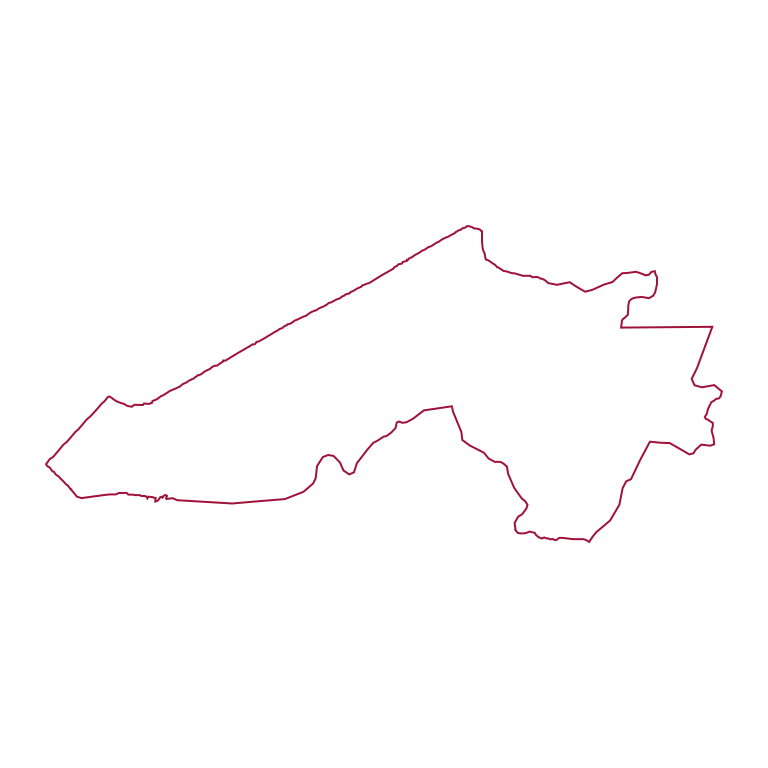 Niafunke, Timbuktu, Mali (Natural Earth projection)
{"feature_id": "8926073B8185774675652", "entity_name": "Niafunke", "entity_type": "district", "adm_level": 2, "iso_a3": "MLI", "parent_name": "Mali", "parent_adm1": "Timbuktu", "projection": "natural_earth1", "projection_center": [-4.268, 15.872], "detail": "fine", "context": "isolated", "style": "outline", "palette": "rose", "viewbox_px": 768, "rotation_deg": 0, "n_neighbors": 0, "source": "geoboundaries", "source_scale": "gbopen_adm2", "svg_char_len": 5584}
<svg xmlns="http://www.w3.org/2000/svg" viewBox="0 0 768 768"><path d="M714.2,385.1L702.0,387.3L694.6,385.3L691.7,378.9L697.0,368.1L712.3,326.8L621.1,327.6L622.0,320.6L622.9,319.0L624.4,318.1L627.9,314.7L628.0,312.1L628.1,310.7L628.3,305.5L629.1,301.5L631.0,299.4L632.9,298.3L635.5,297.6L641.6,296.9L647.9,298.0L649.0,298.2L653.2,295.7L655.2,292.2L657.0,284.2L657.0,280.3L657.1,277.3L655.8,274.8L655.4,274.0L654.8,271.2L651.5,271.9L651.0,272.4L648.9,274.7L645.6,275.4L643.4,274.4L642.8,274.1L640.7,273.4L639.2,272.8L636.0,271.8L627.0,273.0L622.3,273.2L616.5,278.2L612.5,282.0L603.7,284.7L592.2,289.9L585.1,291.7L578.5,287.9L576.3,286.6L569.7,282.2L565.5,283.1L565.4,283.0L560.1,284.2L556.7,284.8L552.4,283.9L548.3,283.1L544.9,280.2L542.4,278.8L541.0,278.8L537.5,277.0L532.2,277.2L530.5,275.8L522.9,275.8L514.8,273.4L512.1,273.2L509.5,272.4L506.6,271.4L505.2,271.2L503.7,271.0L501.3,269.4L498.1,267.3L497.1,267.2L495.5,265.3L495.0,264.8L492.1,263.0L489.9,261.3L487.1,259.8L485.8,259.5L484.4,253.0L482.9,249.7L482.7,248.0L482.4,245.5L482.1,243.1L482.1,241.9L482.0,239.8L482.0,233.2L482.0,231.2L481.1,230.9L480.9,230.7L480.5,230.2L479.8,229.4L477.8,228.9L476.2,228.5L474.2,228.5L472.0,227.1L468.6,226.1L466.9,226.1L465.3,227.6L462.7,228.2L460.3,230.0L458.4,230.4L456.5,231.8L455.8,231.9L454.9,233.0L450.2,235.5L447.7,237.0L446.6,237.2L442.1,239.4L440.6,240.4L438.4,242.0L437.0,242.4L433.7,244.5L432.1,245.6L430.2,246.6L428.4,247.1L425.0,249.5L421.9,250.8L420.1,252.2L416.2,254.4L415.7,254.6L414.0,255.6L413.4,256.1L412.4,257.0L409.3,258.3L408.7,259.0L408.2,259.7L407.1,259.7L407.1,260.7L405.8,261.1L405.1,261.3L404.1,261.6L402.7,262.1L401.9,263.6L398.4,264.3L397.2,265.7L395.0,266.9L394.2,267.3L393.4,268.7L391.6,269.7L390.2,270.5L385.9,272.9L385.1,273.3L381.5,275.4L377.9,277.6L371.6,281.6L370.8,282.1L368.5,283.3L366.7,283.7L365.0,284.5L362.2,285.5L361.4,286.7L357.4,288.4L354.1,290.5L350.7,292.0L349.2,293.5L347.9,293.8L345.6,294.4L344.3,295.6L341.8,296.6L340.2,298.1L336.5,299.5L332.3,301.7L331.7,302.2L328.4,303.1L327.2,304.4L322.9,306.8L320.4,307.7L318.5,308.7L315.6,310.6L314.4,310.7L313.3,311.2L310.9,312.3L308.0,314.2L306.2,315.7L302.8,316.9L298.0,319.3L294.7,320.6L291.5,323.0L289.6,323.9L289.1,324.1L287.7,324.2L286.8,325.1L286.3,325.6L285.1,325.7L283.7,326.8L282.2,328.1L279.6,329.0L277.4,330.6L275.3,331.7L272.9,333.1L270.9,334.4L268.5,335.8L267.9,336.1L265.1,337.9L262.4,339.4L261.7,339.8L258.9,341.4L256.5,341.9L255.7,343.2L254.6,344.3L252.4,344.4L248.9,346.7L246.2,348.2L240.2,351.7L236.1,354.1L231.6,356.8L227.6,359.3L225.3,360.7L223.2,360.5L222.9,361.7L220.2,363.4L219.1,364.1L218.8,364.3L217.5,365.5L215.4,365.7L214.2,365.9L213.4,366.3L212.9,366.6L212.3,366.9L211.7,367.2L210.4,368.7L205.8,370.9L203.3,372.4L202.2,373.5L199.2,375.2L197.8,375.2L197.2,375.9L194.8,377.4L193.9,378.5L192.0,379.1L190.6,380.0L189.9,380.2L188.2,381.1L186.6,382.4L182.2,384.4L180.2,386.3L176.2,388.3L172.6,389.8L169.6,391.1L167.4,392.6L163.3,395.2L160.8,396.3L157.7,398.7L155.3,400.0L152.5,400.9L152.0,402.8L150.9,403.2L148.7,403.9L144.1,403.5L143.0,405.0L134.4,404.8L131.8,406.7L130.3,406.5L127.4,405.9L123.6,403.7L120.9,403.0L116.5,401.3L112.9,398.9L112.0,398.0L109.6,396.6L108.2,396.7L104.2,401.6L101.9,403.4L95.9,410.4L92.2,414.4L90.3,416.4L86.8,419.4L78.4,429.3L75.0,432.3L69.4,439.0L66.8,441.9L63.4,444.7L61.5,447.0L53.0,457.1L49.7,459.1L47.6,462.1L46.3,463.8L46.1,464.2L46.7,465.1L47.2,466.0L48.2,466.6L48.9,466.8L50.6,468.6L51.8,470.5L52.6,471.5L53.9,471.7L54.7,472.9L55.4,474.1L57.4,475.8L58.5,476.2L60.8,479.0L62.1,480.0L64.9,483.0L66.6,484.9L67.7,485.3L68.4,486.3L70.7,489.4L71.0,489.2L72.3,491.0L77.0,496.7L81.5,498.1L85.2,497.6L105.8,494.8L110.5,494.4L115.9,494.4L118.8,493.0L126.6,492.9L128.3,494.6L128.9,494.6L133.1,494.7L133.8,494.8L134.5,495.1L139.8,495.1L141.0,495.9L145.4,496.1L146.5,496.9L147.4,498.3L148.0,496.7L152.7,497.1L154.7,498.1L155.6,498.0L155.6,498.4L155.3,501.5L157.4,500.9L157.8,500.5L158.2,500.1L159.8,498.1L159.9,497.9L160.2,497.2L160.6,497.1L161.3,496.8L162.5,497.7L163.1,496.9L163.2,496.2L164.4,495.3L166.4,495.2L167.0,496.0L166.1,497.9L166.4,499.0L172.6,498.2L177.2,500.2L232.3,503.5L241.2,502.7L242.8,502.6L255.0,501.5L284.8,499.1L303.5,491.8L310.1,486.1L313.1,483.5L315.7,478.1L316.4,472.2L317.0,466.2L319.9,461.6L322.8,457.1L328.1,455.0L333.5,455.9L339.9,462.4L343.5,470.5L349.3,474.4L353.9,472.4L356.9,463.2L367.7,449.2L373.3,442.8L377.7,440.6L383.5,436.7L386.2,436.1L388.5,434.6L391.0,432.8L395.5,428.1L396.2,425.1L396.7,422.6L399.0,421.5L402.3,422.8L406.3,422.3L413.1,418.7L423.7,410.5L423.8,410.4L451.8,406.3L453.1,411.9L461.4,432.1L462.3,440.0L469.8,445.5L483.9,452.7L488.6,458.5L494.8,461.9L500.5,461.9L503.6,463.7L506.9,466.5L508.1,473.8L514.2,487.9L520.2,496.3L522.0,498.7L525.1,501.1L527.5,504.8L526.4,508.5L522.1,514.3L518.2,516.6L514.6,523.0L515.5,529.2L515.2,529.5L516.2,531.1L518.0,533.0L521.1,533.5L525.8,533.1L529.5,531.6L532.4,532.3L534.7,532.8L536.0,535.0L538.3,537.0L541.6,538.5L544.4,537.5L546.3,538.3L548.7,538.5L550.2,539.4L552.5,538.9L554.7,540.0L556.1,540.1L559.3,537.9L562.6,537.9L572.8,539.1L583.1,539.1L585.6,539.8L589.2,541.9L591.0,539.1L593.1,536.1L596.3,532.2L610.1,520.5L619.4,504.7L622.6,488.2L626.2,481.3L631.0,479.2L640.3,459.7L649.9,441.7L660.0,442.7L669.8,443.1L680.1,449.0L689.4,454.4L693.5,453.3L695.4,450.0L701.2,444.6L710.3,445.7L714.2,444.3L713.6,438.1L711.6,430.6L712.9,425.7L712.7,422.8L710.0,421.3L708.3,419.8L705.8,418.8L704.8,417.1L707.0,413.3L707.9,409.1L709.8,405.3L711.2,402.3L714.4,400.4L715.9,398.9L718.7,398.5L720.5,396.6L721.9,391.4L714.2,385.1Z" fill="none" stroke="#9f1239" stroke-width="2"/></svg>